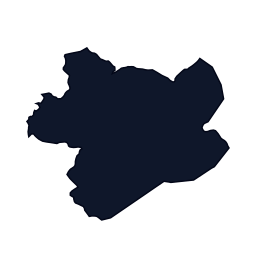 outline of São Francisco de Assis do Piauí, Piauí, Brazil, rotated 170°
{"feature_id": "56859067B59242064317932", "entity_name": "São Francisco de Assis do Piauí", "entity_type": "district", "adm_level": 2, "iso_a3": "BRA", "parent_name": "Brazil", "parent_adm1": "Piauí", "projection": "orthographic", "projection_center": [-41.535, -8.197], "detail": "fine", "context": "isolated", "style": "filled", "palette": "ink", "viewbox_px": 256, "rotation_deg": 170, "n_neighbors": 0, "source": "geoboundaries", "source_scale": "gbopen_adm2", "svg_char_len": 2753}
<svg xmlns="http://www.w3.org/2000/svg" viewBox="0 0 256 256"><g transform="rotate(170 128 128)"><path d="M49.7,74.9L32.0,90.8L32.8,92.8L33.3,95.5L34.3,97.7L35.6,99.2L36.9,100.3L38.2,101.7L40.3,106.7L42.3,110.1L44.2,111.1L47.3,111.2L50.0,110.7L52.0,110.8L53.6,111.4L54.7,113.5L55.1,115.5L54.0,117.5L52.3,119.2L48.1,120.3L36.3,132.4L28.8,140.1L28.9,154.4L34.5,173.3L45.2,184.0L46.8,182.4L48.5,181.1L49.8,180.3L52.4,178.8L54.4,177.8L57.9,176.3L59.1,175.4L60.6,175.7L62.2,175.9L64.0,174.9L66.1,173.6L70.9,170.5L73.1,168.2L73.4,166.5L74.3,165.5L75.9,165.5L78.4,167.6L80.2,170.2L85.4,173.8L89.8,177.7L93.8,181.0L98.2,181.5L100.5,182.2L103.5,183.5L107.9,184.6L109.8,185.4L110.9,186.5L112.2,187.4L114.0,187.8L115.7,188.0L117.4,188.4L118.8,188.1L120.5,188.0L122.1,188.1L124.2,188.0L125.6,187.2L128.9,185.8L130.8,185.0L132.4,184.7L134.0,184.3L132.9,186.2L130.9,187.0L130.6,188.9L130.5,190.4L132.1,191.7L133.6,194.3L134.7,196.1L135.8,197.4L138.0,197.5L139.6,198.5L141.3,199.7L143.2,200.7L144.0,202.0L145.5,204.6L146.2,205.9L147.9,207.4L150.6,208.3L152.2,209.8L153.2,211.0L154.6,214.0L161.5,211.6L171.0,211.4L173.3,211.3L177.2,211.1L178.1,209.7L177.5,207.4L177.5,205.2L177.8,203.6L178.4,201.5L179.5,200.2L181.2,198.5L181.5,196.9L180.6,195.3L176.5,190.0L177.1,188.0L178.3,186.0L179.1,183.3L178.9,181.7L178.4,179.9L178.1,177.1L179.6,175.3L181.3,174.9L182.9,173.8L183.9,172.9L184.8,171.5L186.1,170.2L188.8,168.5L190.6,168.7L192.3,169.0L193.7,170.9L195.2,171.4L197.0,172.7L197.9,174.8L199.8,176.1L203.2,176.0L205.3,176.0L207.0,176.0L205.2,172.9L205.7,171.4L206.6,170.2L209.4,167.4L211.8,168.3L214.0,168.0L212.5,167.1L211.7,165.4L211.2,163.5L212.6,162.1L214.1,161.2L215.7,160.7L216.9,161.5L218.0,159.8L218.8,157.2L220.5,156.0L222.1,156.3L223.7,155.7L224.2,153.6L226.4,152.0L225.5,149.9L225.0,147.7L225.7,146.1L226.0,144.6L227.0,141.7L227.2,138.9L227.2,136.7L224.0,139.0L221.8,138.4L221.2,137.0L219.8,135.0L217.7,132.5L214.4,129.9L210.8,128.5L206.5,127.1L200.7,125.1L198.0,125.8L192.6,125.3L190.7,124.4L189.8,122.5L189.6,120.6L188.6,119.5L187.0,118.9L185.0,118.3L183.2,118.1L180.4,118.0L177.7,117.1L177.1,115.4L179.0,114.6L179.9,113.1L180.6,111.0L183.0,109.5L184.5,106.9L185.6,104.2L186.1,101.7L186.8,100.1L188.1,99.0L189.9,98.2L191.4,97.6L192.6,96.8L194.2,95.3L196.1,92.8L194.0,88.5L193.0,87.0L191.6,85.0L188.2,80.3L187.6,78.4L191.0,77.1L194.2,75.6L196.1,74.1L196.5,71.8L194.8,70.2L193.5,69.2L193.7,67.5L193.5,64.8L192.7,63.3L189.9,61.6L187.2,59.6L185.6,58.5L184.9,56.7L184.8,54.4L183.5,51.9L182.3,49.5L181.5,47.7L178.7,47.7L175.5,47.0L173.9,46.3L172.5,44.9L171.2,43.4L169.9,42.0L160.7,42.6L123.2,59.6L114.0,63.8L110.7,65.3L101.8,69.3L96.7,67.6L95.3,67.0L86.6,66.4L72.4,65.4L56.3,72.4L52.6,74.0L49.7,74.9Z" fill="#0f172a" stroke="#020617" stroke-width="1.5"/></g></svg>